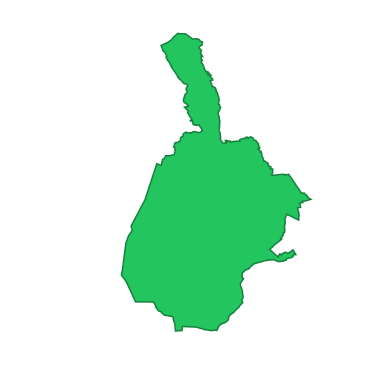 the district of Atlautla, México, Mexico, rotated 131°
{"feature_id": "50627088B45951855748023", "entity_name": "Atlautla", "entity_type": "district", "adm_level": 2, "iso_a3": "MEX", "parent_name": "Mexico", "parent_adm1": "México", "projection": "equal_earth", "projection_center": [-98.761, 19.016], "detail": "fine", "context": "isolated", "style": "filled", "palette": "green", "viewbox_px": 384, "rotation_deg": 131, "n_neighbors": 0, "source": "geoboundaries", "source_scale": "gbopen_adm2", "svg_char_len": 5907}
<svg xmlns="http://www.w3.org/2000/svg" viewBox="0 0 384 384"><g transform="rotate(131 192 192)"><path d="M115.8,128.4L115.9,128.5L115.2,130.6L117.4,132.2L118.2,133.0L117.8,133.5L118.3,134.0L118.6,133.8L119.2,135.3L127.1,142.6L127.0,142.9L126.1,143.4L124.6,143.7L122.8,145.4L121.7,145.9L121.8,146.4L123.2,148.0L123.1,148.4L122.7,148.3L121.8,148.5L121.2,149.1L121.9,150.5L122.1,151.3L121.5,152.8L121.2,153.0L120.8,152.8L120.7,153.7L120.4,153.8L120.7,154.7L120.9,157.5L121.5,158.1L119.6,161.1L118.9,163.0L117.6,164.2L116.5,165.8L116.2,166.3L117.0,166.8L116.3,167.3L116.2,168.9L115.7,169.6L114.7,169.8L115.6,170.3L114.9,170.4L114.3,171.0L114.2,170.9L113.8,171.7L113.4,171.7L111.7,174.4L111.9,176.0L111.3,176.9L111.2,177.8L112.2,178.6L112.3,179.2L111.2,181.4L111.3,181.7L111.3,182.1L111.8,183.8L112.1,183.7L114.0,185.2L114.4,185.0L114.4,186.4L115.2,187.1L115.9,186.6L116.0,187.0L117.6,187.9L117.6,188.1L119.4,189.3L120.9,190.2L121.5,190.1L122.3,189.1L123.0,190.4L125.7,192.8L127.0,194.2L129.1,195.5L128.5,196.8L130.0,198.2L130.3,199.4L130.8,198.7L131.4,200.4L132.7,198.4L134.7,200.8L134.7,201.6L133.6,205.3L132.0,206.3L129.0,209.6L127.6,212.3L124.5,214.1L122.6,215.8L120.1,217.6L118.6,220.0L117.6,220.5L117.0,221.5L116.5,223.0L113.5,225.0L112.8,224.7L112.4,224.8L109.4,225.9L108.9,226.7L108.8,228.3L108.0,228.6L107.8,230.4L104.8,231.7L102.5,234.6L101.5,236.9L100.9,237.2L100.4,237.9L100.5,238.9L100.2,239.8L99.6,239.9L99.3,241.5L98.4,241.8L98.1,243.1L98.9,245.9L98.2,247.5L97.7,247.8L96.3,251.2L93.8,249.8L93.1,251.1L93.2,253.1L93.0,254.4L92.7,254.5L92.1,254.0L91.7,254.0L91.3,254.4L91.2,255.2L93.1,256.7L93.2,257.2L92.9,257.6L92.3,257.8L91.6,257.0L90.9,257.6L90.8,258.3L91.0,259.0L91.4,259.5L91.8,259.5L91.9,260.3L91.6,260.7L91.3,262.4L90.7,263.9L89.6,265.4L89.0,267.0L88.3,267.9L88.4,269.2L88.0,270.3L87.5,270.4L87.0,270.9L86.5,271.0L86.4,270.3L86.2,270.3L86.0,271.4L85.7,271.3L85.0,273.0L84.6,273.4L84.2,273.3L83.9,273.5L83.0,274.5L82.7,273.4L81.8,276.0L81.1,277.0L79.1,277.5L78.7,278.7L78.8,280.9L78.2,281.8L77.5,281.8L74.6,280.8L72.8,282.1L72.0,282.4L72.0,283.1L72.7,284.6L72.7,285.4L72.2,286.6L72.9,287.9L72.9,288.6L76.1,291.8L76.9,300.6L78.1,302.3L80.9,305.3L81.5,306.8L87.2,307.5L90.2,307.3L94.8,308.4L101.8,311.5L102.5,309.9L104.5,306.6L104.4,305.0L104.9,303.0L106.0,300.0L107.3,300.1L107.6,299.4L108.8,296.3L108.5,295.8L110.3,291.0L110.1,290.4L110.9,290.1L111.4,288.7L112.5,284.1L114.0,278.9L113.7,278.6L114.4,277.9L114.7,278.0L114.9,275.7L114.9,273.5L115.3,271.1L115.4,269.4L115.2,268.6L114.1,267.1L114.1,266.3L114.4,265.5L115.4,264.7L116.8,264.6L118.3,264.0L119.6,261.1L120.1,261.0L123.1,261.2L127.5,259.2L128.9,258.2L129.5,256.9L129.1,253.0L129.2,251.2L129.7,251.0L132.9,253.4L133.3,248.1L133.9,247.5L134.8,247.6L135.1,247.3L135.4,245.9L136.5,243.1L136.6,242.0L137.4,239.8L139.1,240.2L139.3,239.2L137.7,238.9L138.0,238.3L140.1,235.7L140.2,235.2L139.9,235.1L140.1,234.8L139.2,233.8L139.4,233.2L139.1,232.7L138.1,231.9L137.7,231.1L136.6,230.6L137.6,228.4L137.9,226.3L138.5,225.6L138.7,224.5L141.1,224.9L142.8,225.7L143.3,227.1L143.7,227.4L144.0,228.6L144.9,229.9L146.0,230.8L147.3,231.3L147.9,231.0L148.3,231.2L148.5,232.4L150.9,234.9L150.7,235.8L153.1,236.6L154.0,236.7L156.4,235.2L157.5,236.2L158.6,236.0L159.8,235.5L160.8,234.6L161.7,234.4L162.8,235.2L164.1,235.2L164.9,236.4L165.7,237.0L167.2,236.8L168.5,235.7L170.1,235.6L169.9,233.5L171.3,232.7L172.0,231.7L174.1,230.6L175.9,230.1L176.4,230.3L177.6,231.7L178.9,232.2L181.8,235.6L182.8,235.2L184.2,235.3L185.2,234.8L185.5,234.8L186.5,235.5L187.0,235.5L192.1,232.6L193.7,237.1L228.7,222.4L257.7,215.6L259.8,212.0L266.9,211.1L274.2,208.2L296.7,193.2L301.0,190.8L302.5,183.9L304.3,179.4L312.0,162.5L300.4,149.1L300.7,148.3L300.8,147.2L301.3,145.8L302.5,143.6L302.8,143.5L303.0,141.7L303.5,140.6L303.7,139.3L302.8,137.3L303.2,134.1L303.0,132.9L303.1,132.2L298.7,124.8L298.9,123.9L299.7,123.3L299.9,122.6L300.4,122.4L302.0,120.2L302.8,118.3L303.7,117.2L304.2,117.0L307.8,113.3L303.0,108.6L299.9,111.1L291.5,100.6L287.4,92.3L287.6,92.1L286.4,90.5L283.9,86.3L282.0,84.8L280.0,82.4L279.2,82.8L277.3,83.2L276.4,83.7L275.3,83.8L273.1,83.4L271.3,82.8L270.1,81.9L265.9,80.6L264.4,80.9L261.9,82.4L261.0,82.6L258.0,82.3L255.9,81.5L253.0,81.6L247.9,81.0L246.7,81.4L242.2,81.1L240.9,83.6L240.5,83.9L239.7,83.8L238.5,84.1L237.3,84.9L235.6,87.0L233.7,89.0L232.0,91.7L231.0,93.8L229.9,95.2L228.5,95.7L223.5,96.2L223.5,96.4L224.1,97.0L223.8,98.1L222.3,98.9L222.2,99.7L220.0,100.8L219.1,100.8L217.8,100.5L216.3,100.6L215.4,100.3L214.2,99.4L212.2,98.6L209.8,98.9L207.5,98.3L205.6,98.4L205.1,97.6L204.1,97.3L203.0,96.4L202.1,96.0L201.1,95.1L199.3,93.9L199.1,93.6L197.0,92.7L195.0,91.1L194.7,90.7L193.9,90.2L193.4,89.5L191.5,88.3L191.2,87.5L190.2,86.6L188.8,84.4L188.5,82.6L187.6,80.7L186.5,79.7L185.4,79.3L184.5,77.7L184.0,77.5L183.3,77.6L181.6,76.1L181.2,76.2L180.5,76.9L180.1,76.8L176.3,74.0L175.0,73.4L174.0,73.6L173.2,74.3L172.9,74.3L171.1,72.5L169.4,77.9L172.8,78.5L174.7,79.1L175.7,80.1L175.9,81.5L176.5,82.3L176.9,82.2L177.6,82.8L179.2,83.3L179.5,83.2L180.4,83.5L181.0,83.3L180.9,85.1L182.0,85.1L182.8,84.8L183.9,85.0L184.6,84.3L184.5,91.4L184.2,95.8L180.3,95.1L180.2,95.6L169.0,93.4L168.9,94.7L168.1,94.2L167.2,94.6L166.2,94.6L165.6,95.1L164.9,94.9L163.5,95.6L163.4,96.1L162.9,96.4L161.7,95.6L161.3,95.8L160.7,96.8L160.0,96.7L159.7,97.3L159.2,97.5L158.4,98.6L156.6,100.0L155.0,100.8L153.9,101.5L152.3,103.5L148.9,105.2L147.5,105.2L146.8,105.4L146.5,105.7L143.3,93.4L143.1,93.0L142.6,93.3L142.2,94.1L141.3,94.8L140.7,95.0L140.4,95.5L139.6,95.6L139.4,96.2L139.0,96.5L138.9,97.0L138.4,97.0L137.9,97.6L137.6,97.6L136.3,100.0L134.8,101.9L132.3,100.0L130.1,102.7L129.9,103.4L129.4,103.3L127.3,101.5L126.7,102.6L125.0,101.1L124.5,101.0L124.0,100.3L119.5,97.5L120.0,100.2L119.9,101.1L119.3,102.5L119.5,102.9L119.2,104.3L119.6,104.6L119.2,106.6L120.1,107.2L120.1,107.8L120.6,107.9L121.0,108.7L115.8,128.4Z" fill="#22c55e" stroke="#15803d" stroke-width="1.5"/></g></svg>